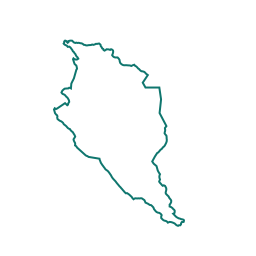 the district of Andorinha, Bahia, Brazil, rotated 137°
{"feature_id": "56859067B23692820001253", "entity_name": "Andorinha", "entity_type": "district", "adm_level": 2, "iso_a3": "BRA", "parent_name": "Brazil", "parent_adm1": "Bahia", "projection": "natural_earth1", "projection_center": [-39.857, -10.251], "detail": "fine", "context": "isolated", "style": "outline", "palette": "teal", "viewbox_px": 256, "rotation_deg": 137, "n_neighbors": 0, "source": "geoboundaries", "source_scale": "gbopen_adm2", "svg_char_len": 4375}
<svg xmlns="http://www.w3.org/2000/svg" viewBox="0 0 256 256"><g transform="rotate(137 128 128)"><path d="M163.4,31.6L161.7,31.0L160.8,30.0L160.1,28.9L159.6,27.9L159.0,26.4L158.9,25.4L158.9,24.4L158.6,23.3L158.1,22.3L157.0,22.1L156.1,21.2L155.0,21.4L154.2,22.1L152.8,22.5L151.4,21.4L150.3,22.0L149.9,22.9L150.4,23.9L151.1,24.8L151.5,25.6L151.9,26.5L152.5,27.3L152.9,28.5L153.3,29.8L153.4,31.2L153.4,32.9L153.4,34.5L152.2,34.1L151.3,34.6L150.3,35.6L150.0,36.6L150.2,37.9L150.1,39.1L150.4,40.7L151.1,42.2L150.4,42.9L149.8,43.6L148.8,43.7L147.6,44.1L146.8,44.5L145.8,45.6L145.6,46.8L145.5,48.6L145.0,50.3L145.1,52.2L145.1,54.2L144.4,55.2L143.3,55.9L142.1,56.7L141.1,57.9L140.7,59.2L140.4,60.3L140.9,61.7L142.0,62.0L142.1,63.0L142.0,64.6L142.0,66.2L141.8,67.5L140.9,68.0L139.7,68.5L139.0,70.1L138.1,71.2L137.0,72.0L136.1,72.4L135.9,73.9L135.6,75.3L135.2,76.7L133.1,80.7L133.3,82.4L133.5,83.8L133.5,84.8L133.3,85.9L133.1,87.0L127.7,88.8L123.7,89.8L122.7,89.5L121.3,89.6L119.2,89.9L118.2,89.8L117.1,89.7L116.1,90.0L114.9,90.0L114.0,89.9L112.7,90.2L111.3,90.7L110.0,91.2L108.6,92.0L107.5,93.1L106.8,94.1L105.9,95.1L105.1,96.3L105.1,97.7L104.9,99.1L104.1,99.8L103.1,100.4L102.1,101.2L101.6,102.1L101.0,102.8L99.7,103.0L98.6,103.2L94.7,117.4L87.4,123.7L84.3,126.4L77.5,136.2L87.6,145.7L86.3,151.1L77.4,153.2L77.6,154.4L77.8,155.5L77.7,156.9L77.9,158.1L78.7,159.5L79.5,160.4L79.7,161.4L79.8,162.5L79.7,163.5L80.0,164.6L79.9,166.1L80.0,167.5L80.4,168.6L80.3,170.0L81.8,170.7L83.3,171.1L83.9,172.4L84.7,173.2L85.8,174.4L86.6,175.3L87.6,176.1L88.5,177.1L89.0,178.1L89.3,179.7L89.3,180.9L88.6,182.4L87.8,183.5L87.5,184.8L87.5,186.7L88.7,187.8L89.4,188.5L89.9,189.5L90.1,190.8L89.9,192.1L88.3,192.8L86.9,193.8L86.1,194.9L86.2,196.2L86.7,197.2L87.8,197.3L88.4,198.5L89.3,199.5L90.0,200.2L91.3,200.3L92.4,200.6L92.7,201.7L92.2,202.6L92.6,203.8L92.2,204.8L92.1,206.4L91.3,207.7L91.5,209.5L92.6,210.2L93.4,210.7L94.0,211.4L95.1,211.7L96.6,212.4L97.3,213.5L98.4,213.9L99.4,214.7L100.2,215.4L101.2,216.0L102.3,217.0L102.9,218.2L103.6,219.0L103.7,220.1L104.1,221.4L105.1,222.6L105.9,223.9L107.0,224.7L107.6,225.7L108.5,226.1L109.2,227.4L109.3,228.7L109.3,229.9L110.2,230.9L111.3,231.7L112.4,232.2L113.0,231.4L114.0,231.5L114.0,232.6L113.9,233.9L114.4,234.8L115.6,234.8L116.5,233.9L117.5,233.6L117.5,232.3L117.1,231.1L116.6,230.0L116.7,228.4L115.5,227.6L115.2,226.2L115.4,224.4L115.6,222.8L116.0,221.7L115.8,220.5L116.1,219.0L116.1,217.8L116.6,216.5L116.8,215.3L116.7,214.2L117.1,212.6L118.4,212.8L119.4,213.5L120.2,214.8L120.4,216.1L121.3,215.8L122.0,214.3L122.9,212.4L123.4,211.2L123.2,208.9L124.0,207.4L124.9,206.1L126.1,205.8L133.7,201.2L137.7,199.7L139.2,199.1L142.7,195.9L143.0,196.9L143.6,197.6L144.5,197.6L145.4,198.3L146.5,199.2L147.6,200.0L149.1,200.1L150.4,200.1L151.6,199.7L152.5,199.3L152.6,197.6L152.0,196.3L151.7,195.3L151.7,194.2L151.8,192.9L151.6,191.7L151.8,190.5L152.1,189.2L152.5,188.2L153.2,187.2L155.1,186.7L155.9,186.0L156.9,186.1L157.0,188.1L157.1,189.1L166.6,190.6L167.8,191.0L168.1,192.4L169.5,192.0L170.4,190.2L171.2,188.7L171.4,186.8L171.2,185.6L171.7,184.6L172.5,184.1L173.4,182.7L173.2,181.0L172.8,179.4L172.3,178.4L172.1,177.3L172.0,176.1L172.4,174.5L172.1,172.9L171.9,171.3L172.0,170.1L172.0,168.8L171.6,167.5L171.2,166.7L171.5,165.5L171.4,163.7L171.2,162.2L171.6,161.2L171.7,160.1L172.0,159.0L172.5,157.7L173.9,157.3L175.5,156.9L176.2,155.8L176.6,154.5L177.0,153.0L177.7,152.1L178.6,151.4L178.3,149.9L178.6,148.4L177.6,136.8L177.3,135.9L176.8,135.0L176.6,133.8L169.8,125.0L170.4,124.0L171.0,122.4L171.6,121.0L171.8,119.6L172.0,118.6L172.1,117.4L172.3,116.0L172.4,114.7L172.6,113.7L172.6,112.7L172.3,111.4L172.1,110.1L172.2,108.6L172.4,107.1L172.6,105.9L172.7,104.9L173.1,103.8L173.4,102.1L173.5,100.8L173.5,99.7L173.5,98.6L173.5,97.3L173.7,95.9L173.8,94.3L173.9,92.2L174.0,91.0L173.9,89.9L174.0,88.8L174.0,87.3L174.1,85.9L174.1,84.8L174.2,83.3L174.1,81.7L173.1,81.0L172.7,79.4L172.5,78.2L172.4,76.5L172.3,75.1L172.6,73.5L172.5,72.1L171.5,72.0L170.6,71.6L170.0,70.9L169.2,70.1L168.4,69.5L167.6,68.6L166.7,68.0L165.9,67.2L165.2,64.1L165.6,62.8L166.1,61.5L165.5,60.1L165.0,58.9L164.8,57.9L164.5,56.8L163.7,55.8L163.6,54.4L163.6,52.6L164.3,50.9L164.4,49.6L164.5,48.2L164.4,47.0L163.8,45.6L163.0,44.6L162.6,43.0L162.8,41.3L164.1,40.6L165.1,39.5L165.1,38.1L165.0,36.6L164.6,35.5L163.7,34.2L163.3,32.8L163.4,31.6Z" fill="none" stroke="#0f766e" stroke-width="2"/></g></svg>